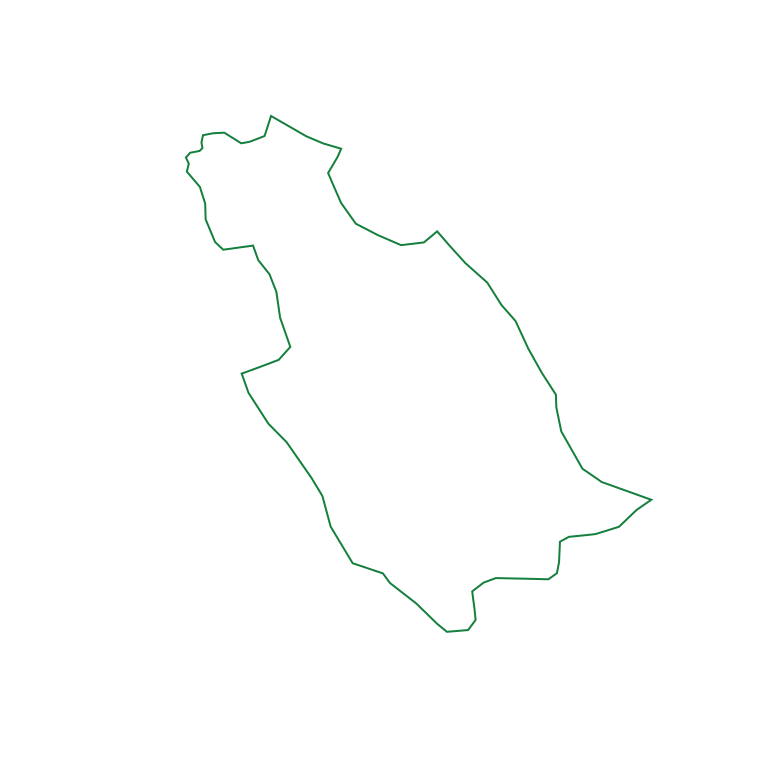 the district of Mefou-et-Afamba, Centre, Cameroon, rotated 122°
{"feature_id": "32672807B57773393916452", "entity_name": "Mefou-et-Afamba", "entity_type": "district", "adm_level": 2, "iso_a3": "CMR", "parent_name": "Cameroon", "parent_adm1": "Centre", "projection": "equal_earth", "projection_center": [11.787, 3.937], "detail": "fine", "context": "isolated", "style": "outline", "palette": "green", "viewbox_px": 768, "rotation_deg": 122, "n_neighbors": 0, "source": "geoboundaries", "source_scale": "gbopen_adm2", "svg_char_len": 1279}
<svg xmlns="http://www.w3.org/2000/svg" viewBox="0 0 768 768"><g transform="rotate(122 384 384)"><path d="M340.5,96.0L341.2,99.0L351.8,147.6L351.5,152.5L350.7,170.8L330.3,208.5L312.6,225.4L302.0,232.5L290.7,256.5L277.6,280.3L260.9,305.8L254.8,326.2L243.3,350.1L238.4,378.9L232.1,401.2L226.4,419.8L242.8,425.2L257.2,443.1L261.0,468.1L263.0,492.8L253.2,516.3L244.0,529.8L234.7,543.2L215.9,543.7L207.2,545.0L212.2,563.0L215.1,581.2L216.6,621.8L237.0,616.7L244.9,622.6L250.1,626.6L255.5,632.6L255.5,652.6L262.0,661.9L268.9,669.3L275.9,666.8L280.1,663.0L284.1,663.9L290.6,670.9L296.9,672.0L300.6,666.3L308.4,663.7L314.4,644.6L325.8,631.2L338.9,622.5L353.1,602.5L355.3,591.5L336.0,568.4L345.6,556.3L351.6,539.3L362.8,524.2L366.2,521.3L382.9,507.2L387.5,501.4L402.2,483.1L419.3,486.1L436.5,499.2L450.6,510.2L463.3,494.2L478.9,461.1L484.9,436.0L486.0,433.3L502.0,395.9L508.4,383.2L511.7,376.8L533.2,353.7L552.6,315.6L545.2,284.5L549.6,273.5L552.4,246.4L553.0,240.5L559.3,211.3L560.8,199.3L548.1,182.3L535.5,181.3L526.5,188.3L515.1,197.7L513.1,199.3L499.7,194.3L489.3,186.3L488.0,184.1L471.4,156.2L462.5,141.1L452.8,137.1L442.4,141.1L424.5,151.2L415.6,146.2L414.1,144.2L402.3,129.0L399.2,125.1L380.6,109.1L356.8,103.0L340.5,96.0Z" fill="none" stroke="#15803d" stroke-width="2"/></g></svg>